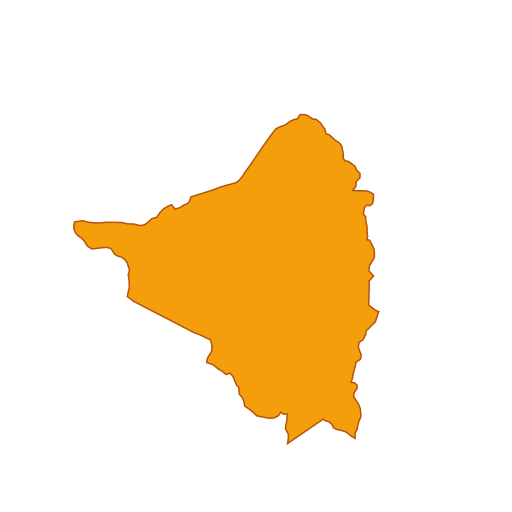 Rio Branco, Mato Grosso, Brazil (Natural Earth projection), rotated 209°
{"feature_id": "56859067B25898404053015", "entity_name": "Rio Branco", "entity_type": "district", "adm_level": 2, "iso_a3": "BRA", "parent_name": "Brazil", "parent_adm1": "Mato Grosso", "projection": "natural_earth1", "projection_center": [-58.151, -15.281], "detail": "fine", "context": "isolated", "style": "filled", "palette": "amber", "viewbox_px": 512, "rotation_deg": 209, "n_neighbors": 0, "source": "geoboundaries", "source_scale": "gbopen_adm2", "svg_char_len": 2797}
<svg xmlns="http://www.w3.org/2000/svg" viewBox="0 0 512 512"><g transform="rotate(209 256 256)"><path d="M172.9,335.2L177.1,340.1L179.2,343.6L182.2,344.5L184.6,350.5L183.9,354.1L180.9,355.1L179.5,358.1L180.4,361.4L183.2,367.1L189.0,367.1L192.9,365.5L198.5,362.5L203.3,360.2L202.4,365.5L204.5,369.8L203.0,374.9L205.1,378.6L209.3,379.8L212.8,382.4L217.0,383.1L221.0,383.5L224.5,382.4L227.2,383.9L228.8,387.1L232.2,391.3L234.3,393.8L238.2,395.4L242.7,395.6L245.9,396.4L250.6,397.5L253.9,396.8L257.1,400.2L264.6,403.8L269.6,404.7L272.8,403.2L278.4,403.8L281.3,403.5L285.9,401.2L286.4,395.9L288.9,393.8L291.3,390.6L293.9,384.9L298.4,379.7L300.3,376.7L301.1,371.6L301.6,368.2L302.0,364.6L303.0,355.8L303.7,348.2L304.3,341.9L304.6,338.1L305.1,333.2L305.5,329.6L306.3,322.8L306.5,319.3L307.5,313.7L309.3,310.2L314.2,305.3L317.0,302.7L320.3,299.3L323.9,295.0L326.3,292.2L335.2,282.8L341.5,276.3L340.9,272.8L340.9,269.4L343.5,266.0L346.0,261.4L349.5,257.8L354.7,259.9L357.1,256.8L359.8,252.3L361.1,247.0L361.6,241.7L365.2,238.2L366.5,233.8L368.7,229.2L371.9,226.5L375.2,225.6L378.5,224.7L383.8,221.9L390.0,220.0L397.1,216.3L401.4,213.9L404.2,212.4L407.0,210.2L409.9,208.5L412.9,206.9L419.8,203.9L424.6,202.9L428.7,199.8L431.1,198.1L430.4,194.9L428.4,191.4L425.4,188.9L421.2,187.4L418.0,187.1L414.5,186.3L408.1,182.9L402.8,182.6L398.7,185.7L394.2,189.0L390.6,191.2L386.7,192.2L383.5,190.7L380.7,189.1L376.9,188.9L373.3,189.9L369.1,189.4L365.2,187.5L359.8,182.3L358.7,177.7L356.7,175.1L354.4,172.0L351.4,166.7L350.4,162.9L348.9,158.2L340.9,157.0L332.1,157.3L326.9,157.4L307.3,158.0L273.8,158.9L267.4,159.8L255.4,160.6L251.9,157.4L248.6,151.7L248.9,143.0L247.4,138.9L241.7,140.0L238.8,139.8L234.7,138.9L230.1,138.9L224.8,137.8L221.8,141.0L217.6,139.4L210.4,133.6L207.3,132.7L203.8,127.2L198.9,125.3L196.2,123.0L192.9,119.2L188.7,118.9L184.9,118.4L182.2,117.7L177.6,116.6L166.5,120.3L162.8,122.3L160.6,124.5L158.9,127.6L158.6,131.3L154.9,131.1L152.2,132.9L149.1,126.7L148.0,122.8L146.5,119.3L141.4,115.8L139.4,112.4L137.5,107.3L118.2,145.8L114.9,145.6L111.9,146.4L108.1,145.6L104.8,143.3L101.3,143.5L97.1,144.7L93.0,145.6L90.1,145.6L85.9,144.7L80.9,144.5L83.5,149.3L83.5,153.6L85.2,158.3L85.9,161.7L86.3,166.1L88.3,169.4L90.9,173.2L93.7,175.5L97.5,177.7L102.7,180.6L103.9,184.8L103.3,188.9L104.8,191.9L108.5,192.9L111.5,191.5L112.2,195.0L114.6,202.9L115.5,206.9L117.0,211.7L114.6,216.4L116.1,220.7L122.0,225.4L124.1,230.3L121.8,234.6L122.1,241.0L123.4,244.0L122.1,247.7L121.4,250.9L119.7,256.1L120.6,260.8L121.7,266.9L125.1,266.4L133.9,267.8L136.8,274.0L139.4,278.6L141.6,283.3L145.0,288.9L143.5,295.6L150.1,297.7L152.0,302.3L151.8,308.0L151.7,312.0L154.0,316.2L156.2,319.3L161.0,322.8L164.4,324.9L167.0,323.9L167.9,327.2L170.9,331.6L172.9,335.2Z" fill="#f59e0b" stroke="#b45309" stroke-width="1.5"/></g></svg>